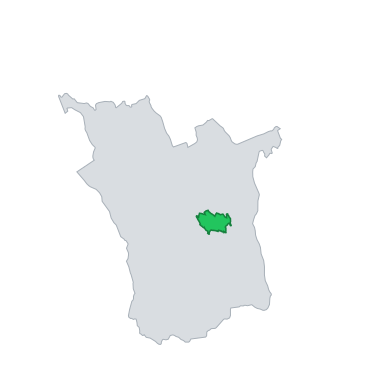 Monkoto, Équateur, Democratic Republic of the Congo (highlighted), rotated 158°
{"feature_id": "63176286B4277783159614", "entity_name": "Monkoto", "entity_type": "district", "adm_level": 2, "iso_a3": "COD", "parent_name": "Democratic Republic of the Congo", "parent_adm1": "Équateur", "projection": "equal_earth", "projection_center": [20.843, -1.599], "detail": "fine", "context": "in_parent", "style": "filled", "palette": "green", "viewbox_px": 384, "rotation_deg": 158, "n_neighbors": 0, "source": "geoboundaries", "source_scale": "gbopen_adm2", "svg_char_len": 8126}
<svg xmlns="http://www.w3.org/2000/svg" viewBox="0 0 384 384"><g transform="rotate(158 192 192)"><path d="M291.2,253.8L270.7,258.1L271.1,259.7L270.9,261.3L270.4,262.6L268.3,266.0L265.2,269.1L265.2,269.9L266.7,273.3L267.6,278.1L267.3,286.5L267.7,288.7L267.6,290.5L266.6,292.5L264.4,302.5L265.7,307.4L269.7,312.0L272.0,315.3L276.0,316.5L276.6,316.4L276.9,313.5L280.1,312.5L279.9,330.4L279.6,331.4L279.1,331.6L278.3,331.0L278.1,329.3L277.2,328.6L273.4,330.8L272.4,330.7L271.3,330.4L270.5,329.4L270.3,328.1L267.7,322.9L266.3,322.5L264.9,317.8L258.8,314.4L256.5,314.1L255.3,313.1L254.1,309.4L252.1,307.0L251.7,304.3L251.2,304.0L250.0,304.5L248.9,308.7L247.5,309.7L245.0,309.8L238.8,308.6L234.3,306.4L233.2,306.5L231.4,304.6L230.7,301.4L231.1,298.9L230.7,298.5L223.9,300.6L222.3,301.9L220.7,301.6L220.3,300.9L220.9,299.2L220.6,297.3L220.1,296.5L218.1,295.8L217.5,293.8L216.2,293.5L215.8,293.8L215.5,295.2L214.8,295.6L210.7,294.9L206.5,296.7L200.8,296.2L198.1,298.3L197.7,298.3L197.1,297.2L196.6,293.8L196.9,292.9L197.7,292.2L198.0,290.8L197.7,287.3L198.0,286.5L197.7,284.4L196.8,281.2L195.6,278.6L193.1,274.6L192.6,272.7L192.8,268.3L193.6,261.2L193.5,256.0L192.5,252.6L192.3,248.9L192.9,242.3L192.3,240.7L179.3,240.2L178.8,239.7L178.5,238.8L179.1,234.9L171.2,235.9L168.9,236.6L167.4,238.2L166.9,240.2L166.9,243.1L165.7,245.8L165.3,250.4L163.2,250.9L161.0,250.9L156.8,250.0L152.7,251.3L150.7,252.5L149.6,251.9L145.9,252.4L145.4,252.1L141.2,242.9L139.3,239.9L139.0,238.4L139.1,237.0L138.6,235.1L136.6,230.4L136.2,228.2L136.3,224.8L136.1,223.6L134.3,220.7L133.1,219.7L131.9,219.2L110.7,219.6L103.7,219.0L98.5,219.4L96.0,219.2L95.2,218.7L92.9,219.4L91.7,220.6L89.8,221.2L88.7,221.0L86.5,217.6L89.5,217.0L89.7,216.6L89.9,208.5L89.1,207.3L90.7,206.0L93.2,202.4L95.8,201.1L96.1,200.3L96.6,200.4L97.6,201.9L99.7,203.9L102.4,202.1L102.7,201.6L103.0,198.1L103.7,197.8L104.9,198.6L105.5,198.6L106.7,197.6L110.1,195.8L111.2,198.1L110.2,200.1L110.6,201.5L110.7,203.8L111.3,204.3L114.0,204.5L114.8,204.0L120.2,196.0L121.6,195.0L123.9,191.8L126.9,190.4L128.2,187.9L129.9,183.4L130.7,176.9L130.4,165.7L130.6,164.2L134.2,159.1L138.0,150.0L140.5,147.6L142.4,146.6L145.3,143.2L147.7,139.9L147.3,135.8L147.9,132.4L149.2,128.2L149.6,123.6L149.1,118.9L149.3,115.0L151.1,108.7L151.2,101.6L152.8,95.6L155.9,88.0L157.3,82.3L157.0,76.7L157.5,72.6L157.3,70.2L156.7,68.1L157.0,66.8L158.2,66.3L159.7,64.2L162.3,58.7L165.1,56.0L167.1,55.1L169.1,55.2L170.5,55.7L172.6,57.9L175.1,59.6L176.9,61.7L178.8,65.1L183.2,65.8L185.0,67.0L186.2,67.4L186.6,67.1L187.5,67.3L189.6,68.3L191.3,67.8L199.4,69.9L200.3,68.9L202.6,63.1L204.3,61.2L207.1,61.0L209.3,62.1L210.4,62.1L220.4,57.1L221.7,56.9L225.3,58.1L227.7,57.3L228.6,57.5L230.7,56.7L232.3,53.2L233.7,52.4L248.1,56.1L250.3,54.3L251.3,54.1L254.5,55.4L255.5,57.5L257.4,59.3L258.8,62.3L260.9,64.0L262.0,65.6L263.3,66.7L265.9,67.1L269.2,64.4L271.5,64.7L273.9,66.2L274.7,66.1L276.5,64.5L277.4,62.8L278.3,62.5L279.7,63.2L280.8,64.8L281.8,67.1L285.5,72.2L288.9,74.4L289.8,77.6L291.1,77.3L291.7,77.6L292.6,79.6L293.2,80.0L293.4,80.8L292.5,82.7L291.7,86.3L292.8,88.5L291.9,91.7L291.4,95.0L292.6,95.8L294.0,95.8L295.4,97.5L296.4,97.8L297.5,99.6L297.3,101.1L293.8,106.5L288.7,113.2L287.0,114.0L286.1,115.2L285.4,117.1L283.9,118.8L282.8,119.4L282.7,124.2L281.0,129.2L280.3,130.2L279.4,138.3L279.5,139.7L278.6,146.3L278.7,152.4L276.2,154.3L274.5,157.3L273.7,159.4L273.8,164.4L270.9,167.5L270.7,168.2L271.4,171.7L272.4,172.3L272.5,173.5L274.8,177.3L274.6,188.9L274.7,190.0L275.9,192.8L276.7,198.1L275.8,204.8L278.8,217.0L277.4,221.5L278.0,225.9L279.9,230.4L284.2,234.8L285.4,236.6L286.5,239.1L287.5,242.9L291.2,253.8Z" fill="#d9dde1" stroke="#a8b0b8" stroke-width="1"/><path d="M175.7,141.6L175.6,142.0L175.5,142.4L175.4,143.0L175.1,143.4L175.0,143.8L174.8,144.0L174.7,144.2L174.7,144.3L174.7,144.5L174.7,144.8L174.4,145.2L174.3,145.4L174.3,145.6L174.1,145.8L174.1,146.3L174.2,146.6L174.3,146.8L174.3,147.0L174.2,147.1L173.9,147.3L173.6,147.6L173.1,147.8L172.6,148.0L172.4,148.0L172.0,148.1L171.8,148.2L171.6,148.2L171.5,148.3L171.3,148.5L171.1,148.7L170.9,148.9L169.9,149.0L169.5,149.2L169.4,149.1L169.1,148.9L169.0,148.5L169.1,148.2L169.0,147.9L168.9,147.3L169.0,147.1L169.1,146.7L169.0,146.4L168.7,146.3L168.3,146.2L168.2,146.3L168.2,146.8L168.3,147.1L168.2,147.2L168.2,147.3L168.3,147.3L168.2,147.8L168.3,148.2L168.3,148.6L168.3,149.0L168.0,149.3L167.7,149.7L167.5,150.0L167.2,150.4L167.1,150.8L166.4,152.7L166.3,152.9L166.3,153.1L166.4,153.4L166.6,153.8L166.8,154.7L167.0,155.1L167.0,155.3L166.9,155.6L166.9,156.2L167.0,156.3L167.1,156.6L167.2,156.8L167.2,157.0L167.3,157.2L167.2,157.3L167.2,157.8L167.1,158.2L167.4,158.5L167.5,158.5L168.2,158.6L168.4,158.4L168.5,158.2L168.6,157.9L168.7,157.5L168.7,157.0L168.8,156.8L169.0,156.6L169.1,156.4L169.4,155.8L169.5,155.7L169.6,155.3L169.6,155.2L169.8,155.3L170.0,155.6L170.4,156.1L170.6,156.3L170.8,156.5L171.0,157.2L171.4,159.3L171.5,159.7L171.6,159.9L171.8,160.0L172.2,160.0L173.9,160.3L174.2,160.3L174.3,160.3L174.4,160.6L174.5,160.7L174.6,160.9L175.1,161.2L175.2,161.3L175.3,161.5L175.2,161.6L175.2,161.8L175.3,162.0L175.5,162.1L175.8,162.1L176.1,162.3L176.2,162.5L176.4,162.7L176.6,162.8L176.8,163.1L177.0,163.3L177.2,163.2L177.4,163.0L177.8,162.9L178.1,162.6L178.4,162.4L178.5,162.0L179.0,161.9L179.5,161.7L179.7,161.4L179.7,161.1L179.8,161.0L179.9,160.9L180.0,161.2L180.1,161.5L180.5,161.9L180.8,162.7L181.0,163.0L181.3,163.4L181.4,163.7L181.6,163.9L181.8,164.2L181.9,164.4L182.1,164.6L182.3,164.6L182.6,165.2L182.9,165.7L182.9,165.9L183.2,166.4L183.2,166.6L183.5,167.1L183.8,167.3L183.9,167.6L183.8,168.9L184.1,169.0L184.3,168.9L184.6,169.1L185.0,168.9L185.4,169.2L185.6,169.2L185.9,169.2L186.4,169.0L186.6,169.1L187.0,168.8L187.1,168.7L187.6,168.8L187.8,168.7L188.0,168.6L188.3,168.7L188.4,168.8L188.6,169.0L188.2,168.2L188.2,166.6L188.2,166.1L188.3,166.2L188.5,166.3L188.8,166.6L189.0,166.7L189.4,166.9L189.6,167.1L189.8,167.1L190.0,167.5L190.3,167.8L190.7,168.0L190.8,168.0L191.2,168.5L191.4,168.6L191.8,168.7L192.0,168.9L192.2,169.0L192.3,169.1L192.7,169.4L193.0,169.5L193.7,168.6L194.2,167.9L194.7,167.4L195.2,166.2L195.3,166.1L195.7,166.0L195.8,166.1L195.8,166.9L196.2,167.5L196.2,168.0L196.4,168.2L196.5,168.2L196.9,167.9L197.0,167.9L197.1,167.7L197.2,167.4L197.1,166.8L197.1,166.6L197.0,166.4L196.9,165.6L196.9,165.4L196.8,165.2L196.9,164.8L196.8,164.4L196.8,164.2L196.7,163.4L196.7,163.2L196.5,162.7L196.5,162.1L196.3,161.5L196.4,161.1L196.4,160.6L196.3,160.1L196.2,159.7L196.4,159.4L196.5,159.3L196.6,159.2L196.8,159.0L196.8,158.9L196.9,158.7L196.7,158.4L196.4,158.1L196.4,157.8L196.3,157.5L195.9,156.8L195.6,156.6L195.5,156.4L195.4,156.1L195.3,155.7L194.5,154.4L194.0,154.1L193.9,154.2L193.9,153.8L193.6,152.3L193.5,151.9L193.4,151.5L193.3,151.1L193.1,150.9L192.7,150.5L192.3,150.1L192.1,149.8L192.3,148.9L192.4,148.7L192.5,148.5L192.7,148.1L192.8,148.0L192.6,147.8L192.8,147.6L192.6,147.2L192.5,147.3L192.5,147.1L192.2,146.9L192.0,146.6L191.8,146.5L191.7,146.5L191.6,146.8L191.6,147.5L191.2,147.9L190.2,148.8L189.9,149.1L189.7,149.1L189.3,149.4L188.9,149.5L188.7,149.5L188.5,149.4L188.4,149.5L188.3,149.4L188.2,149.4L188.1,149.2L187.8,149.0L187.7,149.0L187.5,148.9L187.3,148.7L187.2,148.6L186.9,148.5L186.7,148.4L186.6,148.5L186.5,148.4L186.4,148.4L186.1,148.1L185.8,148.1L185.5,147.8L185.3,147.8L185.2,147.7L185.0,147.4L184.6,147.4L184.4,147.2L184.1,147.1L184.0,146.9L183.8,146.8L183.8,146.7L183.7,146.5L183.6,146.4L183.4,146.2L183.2,146.2L183.2,146.4L182.9,146.3L182.7,146.4L182.4,146.0L182.4,145.8L182.2,145.9L182.0,146.0L181.8,146.2L181.7,146.1L181.4,146.0L181.2,146.1L181.1,145.9L181.1,146.0L180.9,145.8L180.7,145.8L180.7,145.7L180.5,145.4L180.4,145.3L180.2,145.2L180.1,145.3L179.9,145.2L179.9,145.4L179.8,145.1L179.7,145.1L179.7,144.9L179.6,144.6L179.4,144.7L179.0,144.4L178.9,144.2L178.8,143.9L178.7,143.8L178.7,143.7L178.4,143.5L178.1,143.5L177.9,143.5L178.0,143.3L178.0,143.2L177.9,143.3L177.9,143.2L177.7,143.1L177.4,143.0L177.2,143.1L176.9,143.0L176.9,142.9L176.8,142.6L176.8,142.4L176.7,142.4L176.7,142.2L176.4,142.2L176.2,142.3L176.2,142.2L176.0,141.9L176.0,141.7L175.8,141.6L175.7,141.6Z" fill="#22c55e" stroke="#15803d" stroke-width="1.5"/></g></svg>